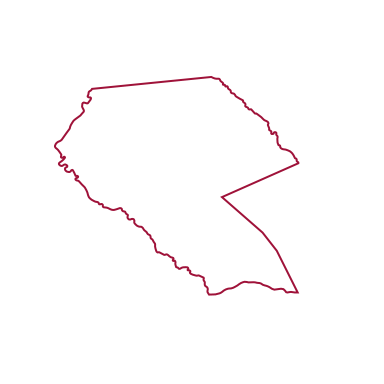 the district of San Fernando, Ocotepeque, Honduras, rotated 65°
{"feature_id": "27666195B54888668150426", "entity_name": "San Fernando", "entity_type": "district", "adm_level": 2, "iso_a3": "HND", "parent_name": "Honduras", "parent_adm1": "Ocotepeque", "projection": "equal_earth", "projection_center": [-89.101, 14.691], "detail": "fine", "context": "isolated", "style": "outline", "palette": "rose", "viewbox_px": 384, "rotation_deg": 65, "n_neighbors": 0, "source": "geoboundaries", "source_scale": "gbopen_adm2", "svg_char_len": 6017}
<svg xmlns="http://www.w3.org/2000/svg" viewBox="0 0 384 384"><g transform="rotate(65 192 192)"><path d="M173.0,91.2L172.7,91.9L172.7,92.4L172.9,92.8L173.5,93.3L173.6,93.7L173.6,94.0L173.3,94.9L173.1,95.2L172.7,95.4L172.2,95.4L171.2,94.7L170.5,94.6L169.7,94.9L168.7,95.7L168.2,95.8L166.8,95.1L164.5,95.0L163.3,94.9L163.0,94.7L162.5,94.1L162.1,93.7L161.3,93.6L160.8,93.6L159.5,94.3L158.9,94.8L157.9,95.7L157.2,96.2L155.7,96.8L153.4,97.6L148.9,100.0L148.0,100.6L147.7,101.5L147.4,101.8L142.2,103.4L141.9,103.7L141.6,104.8L141.2,105.4L140.6,105.7L139.4,105.7L138.9,105.9L138.4,106.3L137.6,107.1L137.2,107.3L136.8,107.4L136.5,107.4L135.4,106.6L134.5,106.4L133.7,106.6L132.6,107.3L132.1,107.5L131.6,107.5L130.8,107.1L130.5,107.1L129.8,107.6L127.6,109.3L124.2,111.6L123.5,111.9L121.9,112.0L120.7,112.4L120.2,112.9L119.4,114.0L118.7,114.5L117.9,114.6L116.8,114.2L116.2,114.2L115.5,114.4L114.5,115.1L113.6,115.5L113.0,115.5L112.0,115.2L111.5,115.2L111.1,115.4L110.9,115.7L110.8,116.6L110.5,117.0L110.2,117.1L109.4,116.9L108.9,117.0L108.5,117.4L108.1,118.2L107.8,118.5L107.3,118.4L106.7,117.9L106.3,117.9L105.7,118.1L104.6,118.7L103.8,119.1L103.0,119.3L101.9,119.2L101.3,119.4L100.9,119.6L100.6,120.0L99.7,122.0L98.7,123.4L97.4,124.7L95.9,125.9L56.3,239.0L56.7,239.6L57.1,240.4L57.3,241.1L57.4,242.4L57.7,243.2L58.4,243.8L59.7,244.6L61.1,246.1L61.6,246.2L62.2,245.9L62.9,245.1L63.4,244.1L63.8,243.9L64.2,243.9L64.8,244.2L65.6,245.2L67.4,248.6L67.5,248.9L67.4,249.5L67.0,250.1L65.7,251.6L65.2,252.3L65.2,252.8L65.2,253.3L65.4,253.6L65.6,254.0L68.1,255.5L69.0,255.6L71.1,255.5L72.2,255.5L73.0,255.8L73.5,256.3L74.6,258.9L75.5,260.8L76.7,266.8L77.1,268.4L77.5,269.5L79.0,271.9L80.2,273.6L81.3,274.8L82.8,276.0L83.2,276.6L85.3,280.5L89.3,287.5L89.7,288.3L89.9,289.3L90.0,290.2L89.9,292.1L90.2,293.6L90.5,294.4L91.0,295.3L91.7,296.1L92.3,296.7L93.0,297.0L93.8,297.0L94.6,296.8L96.3,296.0L97.4,295.6L99.9,295.1L102.3,294.7L103.1,294.7L103.5,295.0L104.5,295.8L105.1,296.0L105.5,295.9L105.9,295.6L106.2,295.0L106.2,294.4L106.0,293.6L106.0,293.0L106.4,292.6L106.9,292.5L107.2,292.7L107.5,293.2L108.2,294.6L108.9,296.9L109.3,299.2L109.6,300.1L109.8,300.4L110.2,300.7L110.6,300.8L111.0,300.8L111.5,300.6L112.2,300.3L112.8,299.8L113.2,299.3L113.4,298.8L113.5,298.3L113.4,297.7L113.2,296.6L113.3,295.7L113.5,295.2L113.9,294.8L114.9,294.1L115.7,294.0L116.3,294.4L116.5,295.1L116.5,296.0L116.6,296.6L116.9,297.0L117.4,297.4L118.2,297.6L119.1,297.5L119.9,297.2L120.7,296.7L121.6,295.5L121.9,295.0L122.1,294.5L122.1,293.9L122.0,293.4L121.8,292.9L121.4,292.4L121.3,291.8L121.4,291.2L121.9,290.8L124.8,290.6L128.0,290.7L128.4,290.4L128.7,289.5L129.0,289.1L129.4,288.8L129.8,288.7L130.3,289.0L130.6,289.6L130.6,290.1L130.5,291.0L130.6,291.7L131.0,292.2L131.5,292.3L132.1,292.1L132.6,291.8L133.7,290.4L134.5,289.9L138.5,288.7L141.7,287.5L142.7,287.2L145.4,287.0L147.5,287.0L148.6,287.1L150.7,287.5L152.2,287.6L153.3,287.6L154.6,287.2L156.5,286.3L158.7,284.7L159.9,283.7L161.1,282.0L161.8,281.4L162.4,281.2L163.4,281.4L163.9,281.2L164.3,280.6L164.4,279.7L164.6,279.2L164.8,278.8L165.2,278.5L165.6,278.4L166.1,278.3L167.1,278.8L167.6,278.9L168.1,278.8L168.6,278.4L169.8,276.4L170.4,275.6L171.2,274.8L173.2,273.2L174.2,272.2L174.8,271.3L175.3,270.2L175.6,268.6L175.8,267.2L176.0,265.1L176.1,264.2L176.5,263.5L177.0,263.0L177.7,262.8L178.8,263.1L179.6,263.0L180.4,262.5L181.2,261.4L181.6,261.0L182.2,260.9L183.1,261.0L183.8,260.9L184.4,260.6L185.2,260.1L185.6,259.9L186.3,260.1L187.1,260.8L187.8,261.2L188.6,261.3L189.7,261.0L190.2,260.7L190.6,260.1L190.9,259.4L190.9,258.3L191.1,257.6L191.5,256.9L192.0,256.4L192.7,256.3L193.4,256.3L194.0,256.5L194.9,257.1L195.6,257.3L196.4,257.2L197.9,256.7L199.3,256.1L200.3,255.3L201.1,254.5L202.0,252.8L202.4,252.4L203.0,252.1L204.1,251.7L205.6,251.6L206.4,251.4L209.2,250.1L210.7,250.0L211.5,249.8L212.0,249.5L213.1,248.6L213.7,248.3L214.5,248.3L215.8,248.8L216.5,248.9L217.3,248.6L218.2,248.0L218.7,247.9L220.9,247.8L223.2,247.4L224.0,247.6L225.8,248.5L227.9,249.0L230.1,249.3L231.0,249.3L231.6,249.1L232.0,248.9L232.3,248.6L232.6,247.4L233.0,247.0L237.2,243.8L237.5,243.1L237.6,242.2L237.7,241.7L237.9,241.2L238.2,240.9L239.1,240.3L240.4,239.8L241.3,239.3L242.2,238.7L243.3,237.4L243.9,236.9L244.3,236.9L244.7,237.0L245.0,237.3L245.4,238.0L245.9,238.3L246.2,238.3L246.5,238.1L246.8,237.6L246.9,237.0L247.0,236.7L247.6,236.5L248.6,236.6L249.9,237.4L250.8,237.7L253.2,238.1L253.6,237.9L254.1,237.2L254.6,236.8L256.0,236.3L256.3,235.9L256.5,235.3L256.3,233.4L256.4,232.6L256.5,231.9L257.4,229.7L258.1,228.4L258.3,228.1L258.9,227.7L259.7,227.7L260.1,228.0L260.5,228.7L261.0,228.9L261.4,228.6L261.9,227.5L262.2,227.3L262.5,227.1L262.9,227.0L263.3,227.1L263.7,227.4L264.1,227.9L264.5,228.0L265.0,227.9L265.7,227.6L267.3,226.2L269.2,224.0L269.9,223.0L270.3,221.5L270.6,221.0L274.5,217.7L275.1,217.7L276.0,218.4L276.7,218.7L277.4,218.7L278.7,218.5L279.3,218.6L280.9,219.4L281.8,219.7L282.9,219.6L284.4,218.7L285.4,218.5L286.2,218.6L286.8,218.8L288.4,219.9L289.2,220.2L289.9,220.2L292.2,219.9L294.7,214.0L295.5,209.8L295.5,208.4L295.2,206.5L294.8,205.1L294.6,202.7L294.8,200.6L295.1,199.4L295.9,197.3L296.2,195.1L296.1,192.7L295.9,190.3L295.5,188.5L295.2,186.0L295.3,184.0L295.6,182.3L296.7,180.4L297.8,179.0L299.9,174.1L300.7,172.8L301.8,171.4L303.1,169.2L304.3,168.0L305.9,167.1L307.2,165.8L308.6,164.1L309.5,163.2L311.0,162.0L313.6,160.4L315.3,158.6L317.3,152.2L318.7,150.2L320.7,149.4L322.6,149.0L323.4,148.0L323.9,146.0L324.4,144.5L326.5,141.3L327.7,138.7L281.1,140.0L258.6,145.2L209.3,167.0L210.9,83.5L210.4,83.2L210.0,83.2L209.7,83.3L208.9,83.8L208.2,84.0L207.6,83.8L206.7,83.4L206.2,83.4L205.8,83.5L205.1,84.2L204.7,84.4L202.6,84.4L201.2,84.5L199.4,84.8L198.0,85.3L196.4,86.1L194.8,87.5L193.2,89.1L191.7,91.4L190.7,92.4L189.8,92.9L189.0,93.1L188.5,93.0L187.8,92.7L187.1,92.7L186.6,93.0L186.2,93.7L185.9,93.8L183.6,93.6L182.9,93.4L179.9,92.2L178.4,91.2L177.8,91.0L177.3,91.0L176.4,91.3L175.8,91.4L175.2,91.2L174.4,90.7L174.0,90.6L173.4,90.8L173.0,91.2Z" fill="none" stroke="#9f1239" stroke-width="2"/></g></svg>